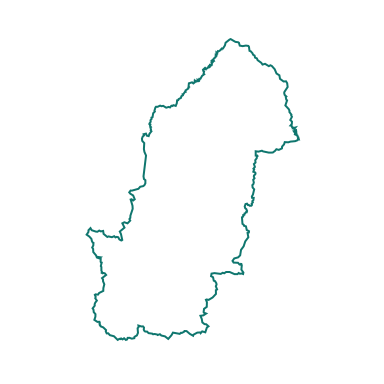 Wiang Sa, Nan, Thailand (Albers equal-area conic projection), rotated 278°
{"feature_id": "78962969B97017444217792", "entity_name": "Wiang Sa", "entity_type": "district", "adm_level": 2, "iso_a3": "THA", "parent_name": "Thailand", "parent_adm1": "Nan", "projection": "albers", "projection_center": [100.768, 18.56], "detail": "fine", "context": "isolated", "style": "outline", "palette": "teal", "viewbox_px": 384, "rotation_deg": 278, "n_neighbors": 0, "source": "geoboundaries", "source_scale": "gbopen_adm2", "svg_char_len": 6044}
<svg xmlns="http://www.w3.org/2000/svg" viewBox="0 0 384 384"><g transform="rotate(278 192 192)"><path d="M51.8,113.1L50.2,116.4L50.6,118.4L49.4,119.0L48.7,118.7L47.2,119.3L47.3,119.7L46.2,120.4L45.6,122.9L43.3,126.1L42.0,126.0L40.1,127.2L40.4,128.7L38.8,130.6L38.3,134.8L35.2,139.0L36.5,140.6L36.4,141.8L37.1,142.2L36.4,143.8L37.7,145.1L36.3,147.1L36.9,148.2L38.6,148.6L38.9,150.4L38.4,152.8L39.2,155.2L40.6,155.2L42.3,157.4L45.0,158.1L49.5,157.1L50.7,157.9L52.3,157.5L51.8,160.6L52.1,162.2L51.1,163.3L48.9,163.4L47.8,164.2L47.3,165.1L47.5,167.0L46.2,168.6L46.2,172.4L45.7,173.2L46.2,174.8L46.0,177.4L45.6,177.9L46.7,180.0L45.6,181.6L45.3,185.3L43.2,188.9L47.3,191.6L50.1,192.7L49.8,199.6L51.1,200.7L51.0,201.5L52.4,203.5L53.3,203.9L53.5,206.0L51.2,209.6L49.8,213.1L50.9,213.3L53.5,216.8L54.1,219.7L53.4,220.2L55.4,221.5L54.9,224.7L59.9,225.6L61.3,227.0L63.0,224.5L62.9,222.8L64.3,220.4L67.5,219.4L70.6,217.6L71.4,220.4L73.6,222.9L74.2,220.5L74.7,220.2L78.0,220.2L80.3,222.6L85.0,222.1L87.2,220.8L87.6,221.4L87.5,223.5L90.4,227.1L94.4,229.9L98.1,229.3L99.0,230.4L102.0,228.7L103.7,229.2L105.0,228.8L106.9,227.3L107.2,225.9L110.5,224.7L111.3,222.6L113.9,222.7L114.8,225.5L114.9,231.9L116.3,233.7L116.0,235.2L117.5,236.9L118.0,240.5L116.6,245.5L117.0,248.5L118.3,249.5L117.7,250.8L118.2,252.5L117.9,254.0L119.4,254.1L122.0,251.7L126.3,251.5L127.6,250.9L127.6,250.4L126.8,250.1L126.8,249.2L128.3,247.4L127.9,243.0L129.4,241.7L132.1,243.1L133.7,246.8L136.0,248.5L141.5,248.6L145.4,250.7L150.5,251.6L155.0,254.1L159.2,252.7L159.8,253.9L161.1,253.9L162.0,251.5L165.5,250.2L165.8,248.2L166.6,247.9L167.5,246.4L173.9,245.0L174.8,246.1L176.3,245.9L176.7,247.0L178.0,247.0L178.3,247.7L179.8,248.4L179.7,249.0L180.9,249.2L182.7,248.1L183.3,247.0L185.0,246.2L187.5,246.7L188.1,248.1L186.9,249.2L187.1,250.0L186.4,251.0L186.7,252.7L187.6,253.2L188.8,252.7L190.2,253.7L191.3,253.0L192.5,253.9L194.8,253.9L194.6,252.3L195.9,251.9L197.9,252.7L203.3,253.2L204.9,251.4L207.2,250.8L208.2,251.6L210.0,251.9L212.6,250.9L214.3,252.0L215.8,251.1L217.0,251.1L218.3,252.2L219.5,252.3L220.2,251.7L220.6,249.9L223.0,250.4L223.6,249.6L225.6,250.8L228.3,249.4L230.0,250.8L232.3,250.2L234.5,251.4L235.8,251.3L236.7,251.9L237.2,251.5L237.0,250.0L241.2,249.4L241.2,252.1L242.6,255.5L242.1,256.7L241.7,262.5L242.3,266.5L244.3,268.5L246.1,269.6L245.8,272.1L247.7,275.0L249.6,274.9L251.9,276.5L254.3,276.9L254.6,280.4L255.6,282.5L256.7,287.1L258.0,289.4L259.4,289.5L259.2,290.4L261.1,289.6L261.5,288.8L262.6,288.6L263.4,285.9L263.8,286.0L263.6,287.6L265.1,287.1L264.7,285.8L266.3,284.4L266.8,286.7L267.8,286.4L267.3,285.3L268.5,284.4L270.2,285.4L269.2,283.1L269.9,283.1L269.9,282.2L271.4,281.5L271.5,280.3L273.2,281.4L275.6,281.2L277.0,279.3L280.4,280.5L281.6,279.6L282.4,279.7L284.8,277.3L286.1,277.2L287.6,276.2L290.7,272.4L296.0,273.4L296.6,272.5L299.2,271.6L299.7,272.1L301.1,270.2L302.9,269.5L304.0,269.6L309.3,272.1L313.0,271.1L314.7,269.7L314.2,267.3L316.3,263.4L319.7,262.3L321.1,259.2L325.1,256.8L327.9,253.5L328.4,252.0L327.3,250.6L329.1,246.5L328.0,244.1L329.6,242.6L331.7,238.6L333.3,237.7L333.9,235.7L335.8,235.0L336.5,233.3L337.7,232.7L339.5,230.6L339.8,229.3L343.7,228.2L344.5,227.5L344.5,225.0L343.5,221.9L343.6,218.9L346.3,217.7L346.7,216.9L346.7,214.1L348.8,209.0L348.2,208.0L344.5,204.5L341.7,204.2L338.4,202.7L338.3,201.6L337.4,201.5L337.4,200.9L336.0,200.0L334.9,198.6L335.1,198.0L334.3,197.6L332.9,197.7L333.0,197.3L332.4,197.3L332.8,196.9L331.5,197.1L331.4,196.4L330.0,197.0L329.8,196.4L328.6,196.5L327.4,195.2L326.4,194.7L325.8,195.0L326.0,194.5L325.2,194.2L325.5,193.9L325.0,193.4L324.6,194.2L323.9,193.7L323.7,194.6L322.5,193.9L322.6,193.4L321.3,193.9L320.3,193.3L320.4,192.0L319.6,192.0L319.5,192.6L319.2,192.1L318.5,192.3L318.0,191.8L318.6,190.9L316.8,190.2L316.1,188.8L316.8,187.7L316.2,187.2L316.3,187.8L315.4,188.3L315.2,186.6L314.5,185.9L313.2,186.5L312.9,187.2L310.8,187.0L310.3,187.7L308.4,185.8L305.3,184.6L305.1,183.5L304.0,183.6L304.0,182.1L302.7,183.1L302.5,182.5L303.0,181.8L302.1,181.1L302.5,180.1L301.9,180.3L301.4,179.8L302.1,179.2L300.7,179.2L299.7,178.2L300.6,176.8L299.2,173.8L296.1,173.9L295.6,174.5L294.8,173.8L294.0,174.0L291.7,171.5L290.3,171.7L290.3,171.1L287.8,169.9L287.5,169.1L286.5,169.5L285.3,168.1L283.7,168.0L282.1,165.8L281.0,165.6L280.7,164.5L277.8,164.6L275.0,163.9L275.4,161.7L274.5,160.8L274.8,160.2L274.3,159.4L272.7,158.5L273.0,157.1L271.9,154.7L273.3,151.5L272.7,149.8L273.1,148.4L271.6,146.1L271.4,144.5L270.6,144.0L267.2,143.5L266.5,144.0L264.6,142.6L260.6,142.5L260.0,141.5L258.7,141.8L257.3,140.9L255.8,141.3L253.9,140.3L253.2,140.4L253.0,141.4L251.6,141.2L250.6,142.3L250.1,141.8L248.2,142.7L247.4,142.5L246.5,143.4L243.8,141.8L241.3,141.3L241.5,139.4L243.4,138.3L242.5,136.0L241.3,136.6L240.1,135.5L237.8,135.0L235.7,135.6L233.8,137.9L227.8,138.4L225.1,139.3L221.7,141.4L200.8,141.8L198.2,142.6L197.2,144.2L194.1,144.6L192.1,143.9L191.0,142.8L190.0,140.0L187.7,138.5L185.0,132.3L184.9,131.0L182.9,129.9L181.7,131.2L180.4,134.2L176.8,136.3L175.4,134.9L176.4,133.2L176.0,132.3L170.1,135.0L167.1,135.6L160.0,134.3L157.8,134.5L156.5,133.8L155.1,134.8L152.0,132.5L152.6,129.2L151.3,127.4L147.3,130.1L142.8,126.0L140.5,127.5L134.8,129.6L134.2,129.0L134.3,128.1L135.0,126.6L136.9,125.3L137.1,123.8L136.4,122.5L137.4,121.1L136.1,119.0L136.4,115.5L135.7,114.4L138.2,110.3L141.1,109.4L140.3,107.2L140.9,105.5L139.5,103.9L139.4,102.4L140.2,98.0L142.1,96.5L139.7,94.8L138.0,95.0L135.1,93.6L133.6,96.5L131.6,98.9L129.5,99.7L128.1,100.7L127.9,101.5L125.3,101.7L123.1,100.9L121.9,102.0L118.8,102.6L115.9,105.8L113.9,106.9L113.8,107.5L114.6,107.8L114.6,110.5L113.4,109.3L113.1,110.9L110.3,111.2L109.6,111.6L109.5,112.4L106.0,112.0L105.1,112.7L101.6,113.2L100.1,114.1L99.4,113.8L99.0,114.7L99.5,115.6L99.3,117.0L97.9,118.5L94.2,114.9L92.9,116.1L91.3,116.3L88.4,118.0L84.5,117.6L81.7,117.9L79.1,114.1L77.3,113.2L77.2,110.7L76.6,110.1L74.8,111.2L73.3,111.0L71.2,112.9L69.0,111.6L67.3,111.2L65.9,111.5L62.9,109.8L61.8,110.8L59.4,111.4L57.6,113.4L55.0,113.7L51.8,113.1Z" fill="none" stroke="#0f766e" stroke-width="2"/></g></svg>